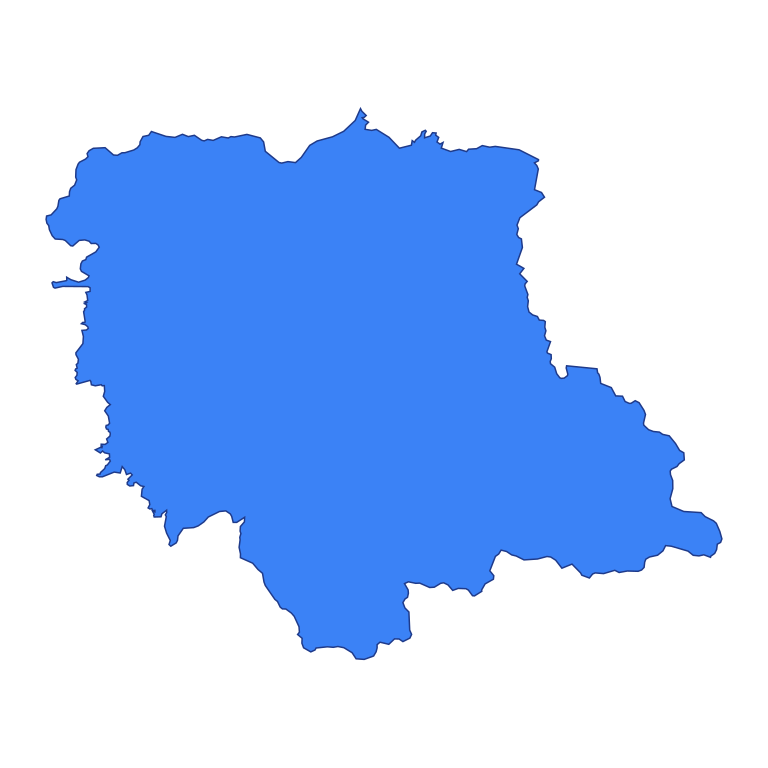 Ciuperceni, Gorj, Romania
{"feature_id": "2599482B36533127285019", "entity_name": "Ciuperceni", "entity_type": "district", "adm_level": 2, "iso_a3": "ROU", "parent_name": "Romania", "parent_adm1": "Gorj", "projection": "albers", "projection_center": [22.982, 44.916], "detail": "fine", "context": "isolated", "style": "filled", "palette": "blue", "viewbox_px": 768, "rotation_deg": 0, "n_neighbors": 0, "source": "geoboundaries", "source_scale": "gbopen_adm2", "svg_char_len": 6026}
<svg xmlns="http://www.w3.org/2000/svg" viewBox="0 0 768 768"><path d="M333.3,647.3L337.9,646.5L343.9,647.7L352.1,652.7L356.1,658.8L364.2,659.4L373.6,656.0L376.1,651.8L377.1,647.9L377.1,644.7L380.0,642.2L388.8,644.3L394.5,638.9L399.1,639.0L402.9,641.6L409.9,638.1L411.6,634.4L409.7,630.1L408.9,612.0L404.9,607.9L402.9,602.6L405.0,599.0L407.5,597.3L408.4,593.2L408.1,589.9L404.5,583.6L408.4,581.8L415.7,583.3L419.7,583.1L429.7,587.5L434.3,587.2L440.7,583.3L443.7,582.8L448.0,584.9L452.7,590.4L458.2,588.4L466.0,588.7L468.4,590.1L472.5,595.7L474.5,595.9L481.8,591.3L481.6,590.0L485.1,583.9L493.4,579.2L493.8,575.7L489.8,570.8L495.4,556.4L498.7,554.0L501.1,550.1L506.6,551.5L511.7,554.9L516.2,556.0L524.0,559.9L537.5,559.0L547.0,556.5L550.7,557.0L555.7,560.2L561.9,568.2L572.0,564.1L580.6,572.9L581.8,575.2L589.4,578.0L592.6,574.0L595.2,572.9L603.6,573.6L614.8,570.3L619.1,572.5L627.3,571.0L638.1,571.3L641.6,570.0L644.1,567.4L644.7,562.1L645.8,559.2L649.5,557.0L657.6,555.2L663.0,550.8L665.6,545.6L671.3,546.2L688.0,551.1L693.2,555.3L699.0,555.9L703.8,554.8L710.5,557.3L710.8,556.2L714.7,553.4L716.6,549.6L717.3,544.2L720.6,542.4L721.9,538.9L719.8,531.4L716.3,523.3L713.6,520.9L705.1,516.6L701.1,512.6L683.8,511.5L672.0,506.5L670.1,498.7L672.8,488.7L672.7,480.5L670.5,474.7L670.2,471.1L671.5,469.2L677.0,466.5L679.1,463.7L684.3,459.9L683.8,452.8L679.6,450.4L675.5,443.5L669.2,435.8L662.7,434.4L659.4,432.1L653.4,431.5L648.6,429.7L643.8,425.2L643.5,423.1L645.5,414.5L644.0,410.4L639.1,402.7L635.2,400.7L631.1,403.3L629.3,403.4L625.1,401.5L622.5,396.2L615.7,395.9L611.3,387.6L600.7,383.4L600.0,377.4L598.9,374.2L597.6,372.8L597.0,368.8L566.6,365.8L566.2,368.0L567.8,374.1L567.5,375.6L564.2,378.1L561.3,378.4L559.8,377.8L556.7,373.7L554.7,367.2L550.5,363.7L550.2,361.5L551.3,358.7L551.1,354.6L547.5,353.1L546.9,351.8L550.5,341.6L546.3,340.1L544.5,335.8L545.9,330.8L544.8,327.2L545.3,321.6L543.6,320.4L539.3,320.1L537.4,316.5L532.6,314.9L529.0,312.0L527.6,306.6L528.3,300.8L527.2,297.4L527.9,294.5L524.7,285.9L525.1,283.9L527.2,281.4L519.7,273.8L523.9,268.4L516.5,264.2L522.4,247.5L521.4,238.9L518.6,237.5L516.8,234.4L518.3,228.7L517.0,225.1L519.9,217.7L536.8,204.9L538.6,201.8L544.5,197.2L541.5,192.5L534.5,189.7L538.3,169.0L536.8,165.5L534.4,162.9L538.4,160.8L538.5,159.6L519.1,149.8L495.3,146.4L489.7,147.2L482.3,145.6L476.6,148.7L468.6,149.2L466.6,151.6L459.2,149.4L450.6,151.5L441.3,148.1L443.0,142.5L440.0,144.1L437.0,142.0L438.7,137.4L435.7,135.2L436.1,133.0L432.5,132.7L430.3,136.0L424.6,137.8L424.7,133.9L426.2,131.3L425.3,130.3L421.9,131.9L420.7,135.8L415.6,140.2L414.5,142.3L412.2,140.6L411.4,145.2L399.4,148.2L389.0,137.3L376.3,129.4L371.7,130.4L365.1,129.3L365.6,125.1L368.5,122.2L362.8,118.7L362.2,117.7L364.2,117.4L366.2,115.5L361.9,111.3L360.5,108.6L355.2,120.5L343.7,131.3L332.5,136.8L317.1,141.0L309.7,145.4L301.3,157.4L295.5,162.6L287.9,161.6L281.7,163.1L279.0,162.5L265.3,151.3L263.6,141.9L260.3,137.9L246.9,134.4L234.5,137.0L230.9,136.6L228.3,138.0L221.4,136.8L213.2,140.4L207.6,139.4L204.2,140.9L201.7,140.3L194.4,135.3L188.3,136.6L182.5,134.3L175.0,137.4L166.0,136.4L151.4,131.5L148.7,135.3L143.0,136.5L140.1,141.8L139.9,144.7L137.3,147.8L133.8,150.0L125.0,152.7L121.9,152.8L117.5,155.3L113.5,155.0L105.1,147.7L93.3,148.3L89.1,150.7L87.1,153.6L88.0,156.7L85.5,159.1L79.5,162.2L78.1,164.1L76.0,169.6L75.7,177.1L76.7,179.9L74.6,185.2L70.7,188.3L69.5,191.8L69.3,196.0L60.0,198.8L58.9,200.3L57.9,206.3L56.8,208.8L51.1,214.9L46.6,216.0L46.1,219.4L46.9,223.2L48.7,225.6L49.4,229.7L52.2,235.7L55.2,239.0L62.8,239.5L65.3,240.5L70.7,245.7L72.8,246.0L79.2,240.4L84.8,239.9L89.1,241.2L91.2,243.5L95.8,243.4L98.0,244.9L99.2,247.2L95.8,251.9L86.6,257.1L85.8,259.6L82.4,261.0L80.9,263.8L80.3,268.9L81.5,271.4L89.0,275.8L88.4,277.5L85.2,280.1L78.6,282.2L70.9,279.7L66.7,277.2L66.8,280.2L66.2,280.7L56.3,282.6L53.2,281.7L52.0,282.9L53.5,287.3L55.0,288.1L62.7,286.4L88.1,286.6L90.1,287.8L90.1,291.4L85.8,292.4L87.0,294.9L87.7,300.5L84.7,302.0L86.6,302.7L84.6,303.7L86.5,304.6L86.6,307.1L84.5,308.8L84.6,310.1L83.6,311.7L85.1,321.1L84.9,322.4L82.8,322.4L81.4,323.7L85.3,324.7L87.8,326.8L88.3,328.4L86.5,330.0L81.9,330.4L83.4,336.5L82.9,343.6L75.9,352.8L76.0,354.7L78.4,359.2L77.9,363.1L76.3,364.6L77.2,368.1L75.6,369.0L75.1,370.4L77.2,372.4L76.9,375.4L75.2,377.5L75.9,379.4L78.1,380.8L76.2,383.7L76.7,384.1L90.0,380.4L90.8,381.4L91.4,384.8L95.3,385.8L101.3,384.7L102.2,385.8L104.3,385.6L104.7,391.4L103.3,396.3L107.7,402.4L110.3,404.6L106.8,407.4L104.7,410.8L108.3,416.0L109.6,423.3L107.9,425.1L106.2,425.4L105.8,427.1L106.5,429.0L108.2,429.4L108.5,431.4L109.9,432.2L110.3,433.8L109.9,436.1L106.6,439.0L107.9,442.4L105.2,444.4L101.2,444.2L101.1,446.4L102.3,446.2L101.9,447.7L100.7,447.3L95.3,449.8L100.4,453.0L102.6,451.0L104.6,452.8L109.4,453.9L109.6,457.3L105.2,459.8L109.5,459.4L110.3,461.1L107.3,465.0L105.7,465.7L104.7,468.6L100.5,472.5L100.1,474.0L97.2,474.3L96.7,475.5L99.4,476.8L102.4,476.8L114.2,472.1L120.2,473.0L122.2,466.6L124.8,469.7L126.5,474.5L130.6,473.1L132.2,474.9L127.9,479.2L129.0,480.3L127.2,482.5L127.3,484.4L129.8,486.0L133.5,485.6L133.9,483.0L136.2,482.2L140.7,485.8L143.9,486.5L142.1,489.2L141.4,496.3L149.1,500.6L149.8,504.6L148.1,507.9L149.9,509.0L151.8,508.6L152.6,510.6L154.9,510.4L154.9,511.9L152.6,511.2L154.2,514.3L153.7,515.4L154.2,517.0L161.0,516.8L161.9,513.8L166.6,510.2L166.7,512.6L165.3,514.9L166.3,516.6L164.5,526.2L166.6,533.1L170.3,540.5L169.0,544.5L170.8,546.2L176.2,542.9L177.5,540.3L178.0,535.9L183.3,528.3L193.7,527.6L198.2,525.9L203.9,521.9L208.3,517.0L219.5,511.5L225.8,510.9L230.3,513.9L231.7,516.4L233.2,522.4L236.7,522.4L244.6,517.3L244.4,521.9L240.4,526.5L240.1,531.1L240.9,533.6L239.8,537.3L240.1,539.9L239.1,547.3L240.5,553.9L240.4,557.7L252.7,563.2L258.0,569.5L262.5,573.3L264.0,582.0L265.3,585.5L274.9,599.4L277.5,601.5L280.2,607.1L282.4,608.9L285.8,609.0L291.3,613.0L294.2,616.3L299.0,626.7L299.4,632.2L297.6,634.5L302.1,638.3L301.9,643.2L303.6,647.8L310.8,651.9L315.0,650.0L316.1,648.0L327.4,646.8L333.3,647.3Z" fill="#3b82f6" stroke="#1e3a8a" stroke-width="1.5"/></svg>